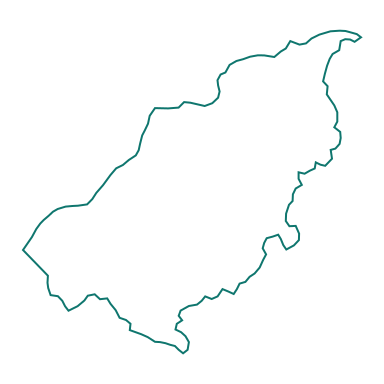 the district of Buriti de Goiás, Goiás, Brazil
{"feature_id": "56859067B41653153753174", "entity_name": "Buriti de Goiás", "entity_type": "district", "adm_level": 2, "iso_a3": "BRA", "parent_name": "Brazil", "parent_adm1": "Goiás", "projection": "orthographic", "projection_center": [-50.442, -16.168], "detail": "fine", "context": "isolated", "style": "outline", "palette": "teal", "viewbox_px": 384, "rotation_deg": 0, "n_neighbors": 0, "source": "geoboundaries", "source_scale": "gbopen_adm2", "svg_char_len": 2053}
<svg xmlns="http://www.w3.org/2000/svg" viewBox="0 0 384 384"><path d="M361.0,37.3L356.8,34.1L350.7,32.4L345.5,31.0L339.7,30.7L330.5,31.3L319.4,34.6L311.5,38.5L306.0,43.4L299.5,44.6L290.3,41.1L285.8,48.5L280.8,51.5L274.3,57.0L264.2,55.4L257.9,55.3L250.1,56.7L243.1,59.2L236.4,61.0L229.6,64.9L225.4,72.5L220.6,74.5L217.5,80.2L218.1,85.4L219.6,91.5L218.1,97.7L212.3,103.2L204.7,106.0L190.3,102.7L184.1,102.1L178.6,107.6L168.2,108.4L155.0,108.1L149.7,115.8L148.0,123.7L144.7,130.6L142.2,135.4L140.1,143.7L138.7,150.2L135.8,155.4L128.8,160.0L122.9,165.0L116.2,168.3L110.4,175.1L103.0,185.2L96.3,192.9L92.3,199.1L87.1,204.4L78.0,205.7L72.3,206.0L65.6,206.6L57.7,209.0L53.0,211.7L48.4,216.0L43.8,219.9L40.3,223.5L36.3,229.0L31.9,237.1L23.0,250.0L47.9,275.7L47.5,282.8L48.2,288.0L50.6,295.1L57.9,296.2L62.3,300.8L65.1,306.3L68.5,310.7L77.6,306.2L84.4,300.5L87.8,295.7L94.7,294.3L100.0,299.2L107.2,298.4L110.5,303.8L115.7,310.2L119.6,317.8L126.0,320.0L130.5,323.8L129.8,330.1L141.2,334.2L147.7,337.1L155.0,341.8L160.1,342.1L165.5,343.2L170.2,344.8L174.9,346.0L178.7,349.8L183.1,353.3L187.6,349.8L188.9,342.1L185.5,336.2L181.1,332.2L175.5,329.5L176.8,323.8L182.1,320.3L178.7,315.8L180.6,310.6L188.9,306.0L197.0,304.6L201.7,300.8L205.2,296.4L211.7,299.0L217.6,296.4L222.5,289.1L228.3,291.5L233.7,294.0L236.9,289.1L239.6,283.6L245.4,281.9L249.6,276.8L254.6,273.5L259.7,267.5L263.2,259.8L266.1,254.4L262.7,248.3L264.2,242.9L266.7,238.2L272.7,236.6L278.2,234.7L280.8,239.0L283.3,245.1L286.3,249.5L293.9,245.4L298.9,240.1L299.1,233.6L295.7,225.9L289.4,226.2L285.8,221.0L286.1,213.6L289.0,204.8L292.6,201.0L292.9,194.3L295.7,188.5L301.8,184.9L298.6,178.8L298.6,172.3L304.6,173.7L310.0,170.6L314.7,168.5L315.8,162.4L320.5,164.7L325.2,165.8L332.0,158.7L330.7,149.9L335.4,148.6L339.6,143.9L340.7,138.0L340.2,131.9L334.3,127.3L337.3,121.6L337.3,112.3L334.3,105.4L330.2,99.4L326.8,94.4L327.6,86.2L323.1,81.4L324.9,73.7L327.1,65.7L329.7,58.9L332.6,54.0L339.2,50.2L340.7,41.1L345.2,39.2L350.1,39.5L354.6,41.8L361.0,37.3Z" fill="none" stroke="#0f766e" stroke-width="2"/></svg>